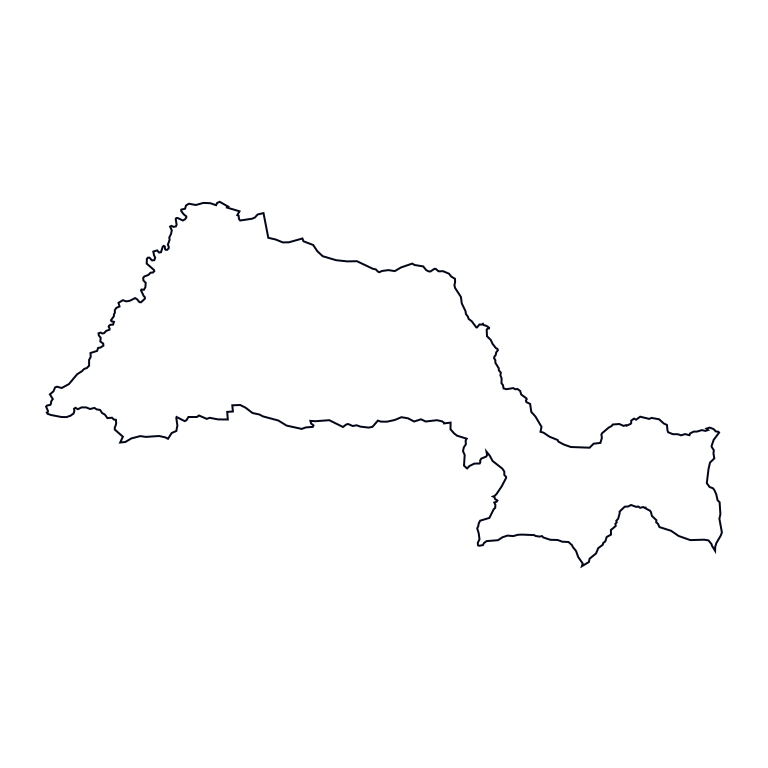 the district of Zabala, Covasna, Romania
{"feature_id": "2599482B30667106455324", "entity_name": "Zabala", "entity_type": "district", "adm_level": 2, "iso_a3": "ROU", "parent_name": "Romania", "parent_adm1": "Covasna", "projection": "albers", "projection_center": [26.222, 45.876], "detail": "fine", "context": "isolated", "style": "outline", "palette": "ink", "viewbox_px": 768, "rotation_deg": 0, "n_neighbors": 0, "source": "geoboundaries", "source_scale": "gbopen_adm2", "svg_char_len": 6084}
<svg xmlns="http://www.w3.org/2000/svg" viewBox="0 0 768 768"><path d="M46.8,412.6L47.6,413.8L51.0,415.0L61.4,417.0L66.5,417.1L70.5,415.7L73.6,413.5L74.4,410.6L74.0,408.8L75.4,407.8L77.9,409.2L81.5,407.4L86.1,407.4L90.1,409.0L94.4,407.9L96.7,409.4L100.0,409.9L102.2,413.1L104.9,414.6L107.4,418.1L112.0,417.7L113.8,419.5L115.9,419.8L116.2,423.7L114.7,428.0L114.8,429.6L122.9,436.7L120.2,442.5L125.3,442.0L131.4,438.4L140.3,436.1L145.8,436.9L159.0,436.0L165.4,437.4L168.0,438.8L171.7,433.0L176.3,431.0L177.4,425.6L176.3,418.0L176.6,417.0L184.6,421.1L186.5,420.2L188.4,417.0L196.9,417.0L199.0,415.5L206.8,418.9L209.6,417.8L218.1,419.4L227.8,419.5L227.2,411.9L232.9,411.5L232.3,405.3L240.2,405.0L245.6,407.7L252.5,413.0L259.4,414.5L263.0,416.4L278.3,420.5L286.6,425.6L301.7,428.9L305.9,427.4L312.8,426.9L313.5,425.4L311.1,423.5L310.4,420.9L315.6,421.2L329.3,420.2L343.0,427.0L346.2,424.5L348.1,424.0L352.7,426.0L356.7,425.3L360.3,426.6L368.7,427.6L372.5,426.8L377.9,420.6L380.7,421.6L386.9,421.7L394.7,420.0L401.4,417.2L408.0,418.3L414.1,421.5L421.0,419.3L425.7,421.5L436.9,420.2L442.0,421.3L444.1,422.8L444.1,423.4L450.6,422.6L450.5,429.3L454.1,433.4L457.1,435.7L466.7,438.7L465.7,440.4L465.8,444.4L463.8,447.4L463.0,451.2L464.7,455.0L464.0,465.6L466.5,468.0L467.2,468.4L469.3,466.1L474.3,463.6L479.7,463.5L480.3,462.4L480.2,460.4L481.3,458.6L486.3,456.5L487.1,455.0L486.5,451.7L489.7,455.6L492.6,461.0L502.2,468.5L504.3,471.5L504.3,474.9L506.1,476.9L506.1,477.9L501.6,486.5L496.6,493.9L494.7,495.9L493.1,496.5L494.4,497.2L495.2,499.2L497.4,500.5L496.6,501.7L494.3,502.5L495.4,504.9L495.2,507.8L493.6,509.4L489.4,517.9L480.1,520.7L478.7,523.5L478.2,526.4L477.2,528.3L478.7,533.2L479.5,539.3L477.8,542.8L478.0,545.3L479.1,545.8L482.9,545.1L483.9,543.1L486.6,541.1L498.0,540.2L502.6,537.2L507.5,535.6L513.3,536.1L517.8,534.8L522.0,534.6L534.2,535.1L535.6,536.0L539.7,536.6L542.0,536.1L543.4,537.5L550.4,539.8L557.7,540.0L562.3,541.7L568.5,542.0L572.1,545.3L572.7,546.8L576.1,551.1L578.2,557.0L582.7,563.5L581.9,566.2L588.9,562.0L589.6,558.7L596.1,553.4L598.2,548.2L602.7,544.8L603.3,542.9L605.3,541.4L606.7,537.0L611.0,534.6L610.9,530.0L615.7,526.0L615.4,523.8L616.7,522.4L616.3,520.8L618.2,518.7L619.7,513.1L619.6,511.6L624.7,506.7L628.1,506.5L631.1,505.0L636.2,506.9L638.3,506.5L640.1,507.8L643.4,507.0L644.5,507.9L645.6,507.6L646.1,508.7L650.0,510.7L650.9,511.9L651.9,515.9L656.4,520.2L656.2,522.3L657.8,523.6L659.5,527.1L671.1,530.8L678.7,536.0L690.3,540.1L704.2,539.7L708.5,540.4L711.5,544.1L712.0,545.8L715.1,550.8L715.2,546.8L716.4,543.0L720.8,535.5L721.9,532.4L719.4,518.8L720.4,514.2L719.6,502.2L717.6,500.3L716.2,494.1L714.2,489.8L712.8,488.2L709.6,487.0L706.8,483.2L708.5,469.1L710.0,462.6L714.3,458.4L713.5,453.6L713.8,450.2L711.7,446.9L711.6,445.9L713.7,439.8L719.1,432.6L718.4,431.8L715.8,431.4L713.5,429.0L709.7,427.6L706.5,428.6L708.1,430.0L705.5,430.9L701.9,430.1L696.8,431.6L693.7,431.6L690.0,433.5L689.5,435.2L685.1,434.1L681.1,435.3L677.7,434.2L673.0,434.2L668.2,432.3L667.5,430.5L666.9,424.9L663.8,423.5L659.1,419.3L651.6,417.9L649.2,418.9L640.2,416.7L636.1,419.7L634.1,418.6L631.2,420.6L631.2,423.0L630.6,423.9L626.5,425.7L626.1,425.1L623.6,425.9L619.3,424.0L612.8,424.5L611.5,426.1L608.7,427.6L602.0,433.3L601.4,434.6L601.9,437.8L600.4,442.9L593.6,443.7L589.6,447.7L570.8,447.0L563.5,444.4L558.4,441.6L557.6,440.0L549.5,436.7L543.6,432.7L540.5,431.8L541.5,426.8L535.5,416.6L531.3,411.9L530.1,403.9L526.4,402.1L525.9,400.3L526.7,399.3L526.5,398.4L521.3,394.6L520.1,390.9L517.3,388.9L515.3,389.3L513.3,388.1L506.3,389.2L503.6,388.4L502.9,385.0L501.5,383.3L501.6,378.3L500.4,375.3L500.8,372.6L498.8,370.3L498.8,368.4L495.4,362.8L495.3,360.1L494.1,358.2L494.3,356.8L495.7,355.0L496.2,352.4L497.9,350.2L497.5,349.0L495.8,348.0L492.6,343.9L490.8,340.0L487.0,336.2L486.7,329.8L487.4,328.8L489.0,328.4L489.1,327.7L486.3,325.8L483.5,325.0L482.9,323.8L481.7,324.6L479.4,324.5L477.1,327.4L476.3,327.4L471.7,321.2L468.7,319.0L468.0,316.9L465.9,313.9L465.5,311.1L461.8,303.5L460.9,296.9L455.1,288.0L454.4,285.2L455.1,282.2L455.0,278.8L451.3,276.6L449.0,273.7L443.1,271.2L438.5,271.3L435.9,269.0L434.5,268.8L430.3,271.5L428.4,271.3L426.1,270.0L423.2,266.4L414.6,265.0L412.2,263.6L400.9,267.5L394.8,271.1L388.4,270.1L381.9,271.0L379.4,272.2L378.0,271.7L375.8,269.4L372.9,268.8L356.9,261.2L347.4,261.4L336.1,260.2L322.7,256.2L317.3,251.2L313.2,245.0L303.5,241.3L302.4,238.5L288.9,242.3L282.8,242.4L275.7,239.5L268.3,237.8L263.5,213.1L257.6,214.5L254.9,217.5L252.2,218.7L240.2,220.5L239.0,219.0L238.6,215.7L237.3,215.1L239.5,211.3L226.8,207.5L226.8,206.8L227.8,206.4L219.7,201.8L217.0,203.1L216.1,205.2L210.3,203.2L203.4,202.9L195.8,205.0L188.9,203.7L186.0,205.5L185.1,208.7L181.3,209.6L181.2,211.0L183.5,214.1L186.3,216.4L186.3,217.5L185.0,219.3L182.9,220.5L177.6,218.0L176.3,218.1L175.7,219.0L176.6,224.7L176.0,226.3L173.6,226.9L171.4,225.9L170.1,226.6L171.8,230.4L171.0,234.0L169.3,237.5L169.6,239.8L167.9,244.6L168.8,247.0L168.6,248.5L167.1,249.8L165.7,249.8L165.0,249.0L164.8,246.5L163.6,245.9L162.7,246.8L161.0,252.2L159.0,252.5L157.2,250.4L153.3,251.6L154.0,255.2L155.2,257.7L154.3,260.2L152.0,260.4L149.5,257.7L147.9,257.7L146.9,258.8L146.7,263.6L153.9,269.9L154.3,271.1L153.0,272.5L150.6,272.7L148.4,274.9L144.3,276.5L143.2,277.9L143.4,280.5L145.7,282.8L145.4,287.2L143.9,289.8L141.5,289.5L141.0,290.3L143.6,295.8L144.9,297.3L144.8,298.8L141.0,302.3L139.4,302.1L137.1,299.3L135.1,298.1L130.0,300.7L126.2,301.4L122.9,300.2L118.5,302.8L119.5,306.5L116.3,307.9L114.8,310.2L114.9,312.7L113.9,314.4L113.9,316.2L111.0,320.2L111.5,321.3L113.9,321.8L113.1,324.6L110.4,324.8L108.9,325.9L108.7,326.9L109.6,328.4L109.5,329.7L106.2,330.9L104.1,333.1L102.3,333.5L100.6,332.6L98.5,333.3L98.8,335.4L100.7,337.8L100.3,341.5L103.2,343.6L103.4,345.7L100.3,347.6L98.1,347.9L97.1,350.9L90.5,353.0L90.7,356.9L89.1,359.9L89.1,365.7L87.0,367.9L84.1,369.0L81.8,371.3L77.2,374.2L68.9,384.1L61.7,388.0L57.1,386.7L55.1,387.4L53.4,391.4L49.9,394.3L52.8,399.1L51.2,401.3L51.0,403.6L50.2,404.9L47.1,405.5L46.1,406.6L48.0,411.1L47.8,412.0L46.8,412.6Z" fill="none" stroke="#020617" stroke-width="2"/></svg>